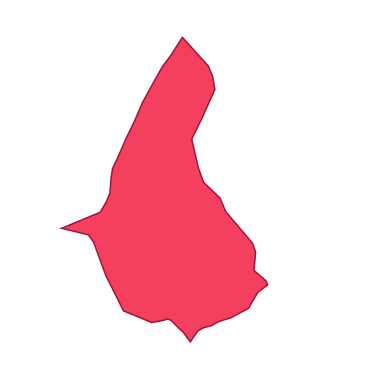 Nyiragongo, Nord-Kivu, Democratic Republic of the Congo (Robinson projection), rotated 293°
{"feature_id": "63176286B84996923503616", "entity_name": "Nyiragongo", "entity_type": "district", "adm_level": 2, "iso_a3": "COD", "parent_name": "Democratic Republic of the Congo", "parent_adm1": "Nord-Kivu", "projection": "robinson", "projection_center": [29.271, -1.55], "detail": "fine", "context": "isolated", "style": "filled", "palette": "rose", "viewbox_px": 384, "rotation_deg": 293, "n_neighbors": 0, "source": "geoboundaries", "source_scale": "gbopen_adm2", "svg_char_len": 810}
<svg xmlns="http://www.w3.org/2000/svg" viewBox="0 0 384 384"><g transform="rotate(293 192 192)"><path d="M136.1,297.9L139.1,294.8L144.0,279.7L161.4,274.1L168.4,267.9L187.2,230.6L197.4,220.2L205.5,198.8L216.7,188.4L240.6,171.1L262.3,172.3L295.3,173.0L306.2,166.0L314.4,157.7L330.6,122.7L310.3,119.3L296.3,115.9L282.0,114.2L255.4,111.5L235.5,111.4L215.3,110.4L202.7,110.3L193.6,110.2L182.5,109.7L173.1,112.1L158.8,116.9L148.7,116.9L137.5,115.4L107.6,86.1L112.1,113.3L107.5,120.9L89.6,137.7L81.5,145.3L65.8,163.8L55.8,175.3L55.9,182.1L56.0,190.9L56.1,205.8L62.0,214.9L65.5,219.2L65.7,222.9L61.2,233.7L59.6,238.5L55.5,245.5L53.4,249.0L66.4,251.6L71.4,255.6L76.8,262.3L82.0,266.3L84.8,269.1L91.3,276.8L107.3,289.7L111.1,289.9L125.2,291.8L136.1,297.9Z" fill="#f43f5e" stroke="#9f1239" stroke-width="1.5"/></g></svg>